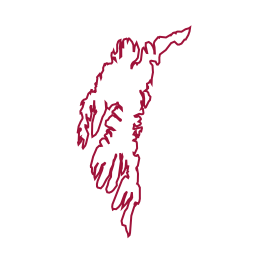 map outline of Vestfirðir (Equal Earth projection), rotated 277°
{"feature_id": "ISL-690", "entity_name": "Vestfirðir", "entity_type": "Region", "adm_level": 1, "iso_a3": "ISL", "parent_name": "Iceland", "parent_adm1": "", "projection": "equal_earth", "projection_center": [-22.568, 65.72], "detail": "fine", "context": "isolated", "style": "outline", "palette": "rose", "viewbox_px": 256, "rotation_deg": 277, "n_neighbors": 0, "source": "natural_earth", "source_scale": "10m", "svg_char_len": 5932}
<svg xmlns="http://www.w3.org/2000/svg" viewBox="0 0 256 256"><g transform="rotate(277 128 128)"><path d="M193.1,144.7L186.3,146.0L179.9,145.6L175.1,146.0L177.6,144.2L175.4,143.2L174.3,141.5L170.9,142.0L171.3,142.9L169.9,143.1L166.8,140.1L166.9,142.2L165.5,143.8L163.3,144.7L161.7,146.5L158.4,146.4L156.8,145.3L150.7,143.2L150.3,142.6L152.8,141.1L159.5,140.4L163.7,139.3L164.4,139.0L164.7,136.9L167.2,135.6L165.4,135.8L161.0,138.8L159.0,139.6L152.7,140.1L152.7,139.7L156.1,138.4L156.1,137.9L154.8,137.9L151.1,139.5L148.6,138.8L149.3,139.8L149.0,140.4L144.8,141.5L143.9,141.3L143.3,140.1L143.4,137.4L140.8,133.1L140.0,133.8L140.1,135.5L141.1,137.0L140.7,138.0L138.9,139.6L138.1,139.7L135.6,137.7L135.2,139.4L134.1,140.2L132.9,139.9L131.0,137.2L130.8,136.2L131.2,135.0L132.6,133.8L132.0,133.4L130.9,133.8L127.9,133.4L127.7,134.2L130.4,141.5L129.6,141.9L126.3,141.5L126.7,140.5L125.7,139.8L122.9,140.0L122.2,139.9L122.2,139.3L120.2,139.3L120.2,138.8L124.3,136.4L125.9,136.1L125.3,135.3L122.2,134.2L121.9,135.7L120.6,137.0L119.1,137.6L117.9,137.2L116.9,135.0L116.2,134.7L115.6,137.9L114.3,138.6L109.0,139.5L103.9,137.9L104.1,136.5L102.4,137.0L101.4,138.3L101.3,139.7L102.4,140.6L102.4,141.1L99.4,142.9L91.8,142.4L89.5,141.1L88.8,141.1L87.9,141.5L88.7,142.0L83.8,143.5L75.7,144.3L73.8,143.8L73.5,144.8L70.3,147.0L59.2,148.4L56.4,148.2L54.0,147.4L54.1,145.9L52.8,145.1L54.8,145.6L55.0,144.4L53.9,143.8L52.5,143.8L51.9,144.7L50.5,143.7L41.3,142.0L24.1,142.8L21.9,142.6L20.6,141.5L23.2,140.8L25.9,139.0L30.6,137.4L31.2,134.2L35.0,132.9L45.1,135.0L48.3,136.9L54.9,138.1L57.8,140.1L59.6,140.6L64.8,139.7L59.5,139.3L56.7,137.2L52.6,135.4L48.0,132.0L57.1,132.9L64.8,134.7L62.1,132.8L51.9,130.4L48.5,128.4L46.0,126.1L45.9,123.7L45.2,122.9L47.8,121.9L50.4,121.9L75.7,128.4L79.3,130.6L79.9,131.8L78.5,134.2L79.6,134.5L83.5,132.4L84.7,133.3L85.3,132.7L90.0,132.9L90.0,132.4L88.8,131.5L96.3,130.1L89.1,130.4L85.9,129.9L82.7,128.8L81.0,127.3L85.4,126.2L87.1,126.7L92.0,126.4L94.8,125.6L98.7,126.1L100.0,125.6L98.3,125.1L98.3,124.7L102.1,123.3L96.9,124.0L94.3,125.0L78.1,124.8L72.8,123.3L69.6,123.9L64.6,121.1L62.7,119.4L61.5,117.2L61.7,115.2L64.3,113.9L65.4,113.9L68.8,114.8L73.3,115.3L77.4,117.1L82.3,116.6L89.7,117.9L92.2,117.9L98.8,119.8L100.9,119.3L95.9,118.6L94.3,117.7L89.4,117.5L85.0,115.9L78.8,115.3L74.2,112.8L67.7,110.4L64.8,108.3L65.2,105.2L66.1,104.4L68.5,104.0L71.6,104.3L82.5,107.3L85.6,107.7L87.8,107.1L88.8,109.0L91.0,109.8L88.2,106.7L80.8,105.1L73.5,101.4L75.4,100.6L84.6,100.7L89.9,102.7L84.8,100.0L79.0,100.0L77.6,99.6L78.2,98.6L80.1,97.5L83.6,97.2L84.5,96.9L84.6,96.0L86.0,95.7L95.4,96.9L104.4,99.5L107.0,101.7L106.7,102.7L107.1,104.1L110.1,102.0L111.9,101.9L114.4,103.8L114.9,106.8L110.0,111.2L114.9,108.5L116.1,107.6L117.1,106.0L117.8,105.8L118.9,106.5L119.8,108.1L119.4,108.5L122.2,107.2L123.1,107.6L120.7,110.7L118.9,111.9L116.9,112.5L120.4,112.2L121.4,111.6L123.5,108.9L124.1,108.7L125.0,110.5L124.0,113.9L124.3,114.8L126.4,111.6L126.5,108.5L127.7,105.8L128.5,105.2L132.6,105.4L133.5,107.0L136.3,108.4L138.9,110.8L138.3,112.9L137.5,113.9L137.9,114.3L134.2,119.4L134.6,120.0L135.4,119.9L136.8,117.3L140.8,112.5L141.2,110.7L142.5,110.6L144.9,113.0L146.1,112.9L146.5,113.5L146.1,114.9L147.0,115.3L147.7,113.8L148.2,113.9L147.8,116.6L145.3,119.7L147.6,119.2L150.0,115.5L151.9,114.8L151.9,114.3L150.6,113.7L149.0,109.8L148.1,108.9L145.7,107.4L144.4,107.1L145.7,104.7L146.5,104.1L149.9,103.5L150.6,102.7L144.2,104.0L139.2,102.9L135.8,101.4L121.6,98.6L117.4,96.6L114.9,93.7L117.7,93.0L128.5,91.9L137.1,92.9L137.9,93.7L140.4,94.6L141.2,94.2L140.0,92.8L144.4,92.6L147.0,91.7L151.4,91.1L143.3,91.6L139.6,90.5L140.8,90.4L143.3,89.1L145.3,88.9L145.3,88.4L144.0,88.0L137.8,90.0L130.9,89.7L130.9,89.0L132.6,87.9L133.4,85.8L137.1,84.8L132.5,85.7L127.8,87.9L124.2,88.4L123.5,88.0L123.9,87.1L125.6,85.8L125.6,85.3L123.6,85.6L117.2,89.4L107.8,88.3L105.3,87.7L102.3,85.9L103.1,85.3L110.8,85.5L112.1,83.5L108.6,82.8L105.6,80.9L107.4,80.2L112.9,81.7L111.7,80.4L118.3,79.9L119.9,81.3L121.2,81.4L121.7,80.9L121.5,80.3L116.6,78.6L123.6,78.8L128.4,80.2L131.8,81.7L133.3,81.6L137.1,80.0L136.7,79.1L139.0,78.7L142.8,80.4L147.9,81.2L148.1,80.4L147.7,79.7L146.1,79.3L145.7,78.6L147.6,78.8L149.4,79.6L150.8,80.9L151.4,82.4L152.4,83.4L157.3,84.5L158.8,85.8L158.0,86.4L161.3,87.0L161.3,87.5L159.7,87.6L159.6,88.9L160.6,90.1L159.7,90.6L159.7,91.1L160.4,91.5L164.1,90.6L165.7,91.5L167.1,90.3L168.0,90.1L168.6,90.6L168.2,91.5L173.6,91.5L174.6,91.1L178.1,93.3L174.0,95.1L174.8,95.3L178.1,94.7L182.2,96.4L184.6,96.0L188.4,96.9L187.9,97.7L189.0,98.0L189.6,98.8L189.6,99.6L188.8,100.0L189.6,101.3L190.0,103.7L191.3,104.4L194.2,104.0L195.0,104.4L195.1,105.3L193.4,107.6L196.2,106.5L196.2,104.9L194.9,103.6L197.8,102.7L200.5,102.7L201.8,104.1L202.9,104.3L200.3,105.4L199.9,106.0L201.4,107.4L202.9,107.9L209.4,107.1L212.5,107.7L213.6,108.4L214.4,109.8L205.9,110.2L204.3,110.8L197.1,111.6L198.2,112.6L208.9,111.2L210.7,111.6L207.4,113.0L207.4,113.5L213.8,112.6L215.4,113.2L216.5,115.7L215.8,116.6L214.0,117.1L216.9,117.9L216.9,118.4L213.9,121.6L211.1,123.2L205.0,124.2L205.0,124.7L209.6,124.7L213.7,126.1L207.1,129.4L198.9,129.2L195.9,127.5L193.9,125.1L192.4,124.2L190.6,123.7L186.9,124.2L190.9,125.2L193.5,126.9L193.5,128.3L192.3,129.2L193.8,130.0L194.3,131.3L196.0,132.2L197.1,132.6L207.1,132.5L208.9,132.9L209.7,133.8L204.8,137.4L204.8,137.9L211.4,135.6L214.5,135.3L215.9,138.1L214.6,140.5L211.7,142.9L208.1,144.6L205.2,145.1L205.2,145.6L211.3,144.5L214.9,143.3L217.2,143.8L221.8,146.8L221.4,147.9L222.3,148.2L222.4,148.7L222.5,154.7L225.7,158.9L225.3,159.3L227.7,161.0L228.4,162.3L227.8,163.9L229.2,164.2L229.8,165.7L230.1,169.4L233.0,173.0L234.4,176.3L235.4,177.4L231.4,177.3L227.6,176.5L222.8,174.5L222.6,173.3L218.3,170.8L217.0,168.6L216.9,167.0L219.4,163.6L217.5,160.4L210.0,156.0L204.9,150.7L201.9,150.5L196.8,151.2L194.5,149.9L194.6,149.0L197.3,147.3L197.6,142.8L196.9,141.9L195.3,142.4L193.1,144.7Z" fill="none" stroke="#9f1239" stroke-width="2"/></g></svg>